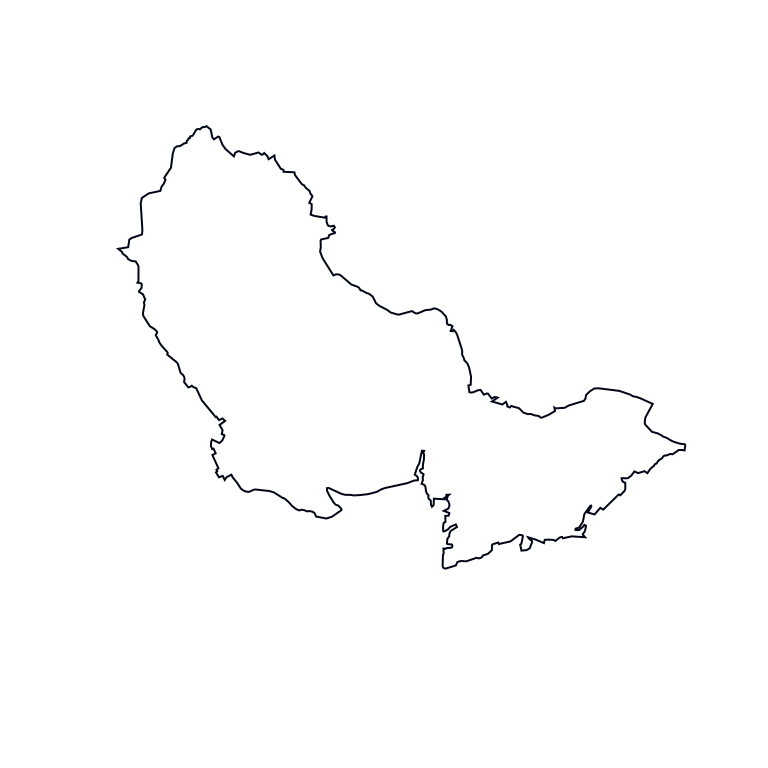 outline of Bereni, Mures, Romania, rotated 296°
{"feature_id": "2599482B23493570355811", "entity_name": "Bereni", "entity_type": "district", "adm_level": 2, "iso_a3": "ROU", "parent_name": "Romania", "parent_adm1": "Mures", "projection": "orthographic", "projection_center": [24.864, 46.565], "detail": "fine", "context": "isolated", "style": "outline", "palette": "ink", "viewbox_px": 768, "rotation_deg": 296, "n_neighbors": 0, "source": "geoboundaries", "source_scale": "gbopen_adm2", "svg_char_len": 6130}
<svg xmlns="http://www.w3.org/2000/svg" viewBox="0 0 768 768"><g transform="rotate(296 384 384)"><path d="M456.0,683.2L460.4,681.9L461.5,681.2L461.7,680.7L460.1,676.3L459.2,670.8L459.0,667.4L459.5,661.7L459.1,657.8L459.5,656.1L459.6,651.7L458.5,645.8L461.9,636.9L462.7,635.8L465.7,634.4L468.7,633.6L483.9,634.3L483.5,620.0L483.0,616.2L482.1,613.2L482.4,609.6L480.9,598.3L474.3,579.0L472.2,575.0L467.6,572.2L462.8,570.5L458.6,571.5L456.4,571.0L445.7,559.5L441.9,556.9L437.3,548.9L437.5,547.5L434.6,549.5L428.9,545.8L422.8,540.5L422.5,538.8L423.1,537.1L421.8,533.0L421.4,529.0L420.0,526.6L419.4,521.8L421.4,515.9L420.0,508.0L418.0,507.3L417.9,504.6L418.8,504.5L421.4,501.4L417.5,499.4L415.6,488.7L421.5,492.1L421.0,489.3L418.2,487.2L420.9,481.7L420.5,480.5L418.2,478.4L421.0,473.4L419.5,471.1L415.9,468.0L414.5,466.1L414.1,464.3L419.7,460.5L421.3,462.3L428.6,459.1L436.0,453.4L439.1,449.8L440.5,445.9L441.9,444.8L444.7,441.3L447.8,439.9L449.8,438.3L460.5,428.0L462.5,425.1L463.1,422.8L461.5,422.7L460.9,420.7L466.0,420.2L466.2,417.5L465.3,416.1L465.9,414.1L469.5,412.2L471.9,409.9L474.2,404.0L474.6,400.6L474.4,397.2L473.4,395.2L471.7,393.9L468.4,388.7L462.2,383.3L461.5,381.9L461.4,380.0L461.8,377.2L453.0,367.1L452.4,365.8L451.2,359.0L452.0,354.1L452.2,345.5L453.1,341.4L457.7,335.4L458.5,330.8L458.1,328.0L458.4,322.9L457.9,322.0L459.4,319.6L459.8,317.6L459.1,311.0L462.6,297.7L462.7,295.7L461.6,292.8L459.4,290.9L470.2,273.6L475.0,268.5L479.1,267.3L485.0,264.2L486.4,264.2L490.9,269.9L493.6,269.4L495.6,270.9L498.0,273.6L498.8,273.5L499.3,270.2L499.8,269.8L500.7,270.7L503.2,271.2L504.3,269.6L502.3,267.1L501.9,265.0L502.2,263.7L504.7,261.2L509.4,258.9L508.8,258.0L507.5,257.8L504.5,247.6L504.1,243.8L509.2,242.4L513.9,240.2L514.1,237.4L521.3,237.4L521.8,236.9L522.5,234.9L524.9,232.4L526.1,227.5L527.5,225.2L527.5,222.9L528.8,220.1L532.8,212.4L535.0,210.7L530.7,200.7L532.4,199.7L532.2,196.9L537.8,187.7L541.3,185.3L535.5,181.8L537.6,179.4L539.1,175.1L537.2,174.4L536.4,173.4L537.1,169.8L531.3,163.2L530.0,156.2L529.7,151.5L528.6,150.2L526.4,148.9L522.8,149.3L525.7,138.6L528.1,134.1L533.8,127.7L533.7,126.5L529.4,123.9L530.3,121.7L536.8,116.6L537.9,111.5L536.1,110.0L535.9,109.0L534.5,107.8L532.2,107.0L532.0,105.6L531.1,104.3L530.0,103.7L523.4,103.2L521.5,101.3L519.9,101.7L519.3,100.7L518.0,100.9L516.0,100.2L514.1,100.8L512.7,99.0L508.5,96.4L506.7,93.6L504.1,92.3L498.7,93.1L485.0,97.7L473.4,96.1L472.9,96.1L471.7,98.1L467.9,98.3L463.8,97.6L459.5,98.3L452.1,88.9L445.1,84.8L439.8,86.1L416.2,99.5L412.3,100.9L404.5,93.1L402.1,91.8L394.8,94.1L389.0,85.9L387.8,90.9L386.7,91.7L385.5,97.3L384.1,99.3L383.9,103.0L385.3,107.1L383.0,110.8L381.7,112.0L368.8,118.2L367.0,118.0L368.0,121.5L367.7,122.3L366.4,123.0L364.1,124.0L360.1,123.1L359.4,123.5L359.0,128.0L355.2,132.4L352.1,132.4L350.1,134.0L341.9,136.3L339.7,137.8L333.3,148.2L332.6,154.4L331.5,157.0L330.9,157.6L327.8,157.4L325.0,161.6L322.9,163.8L321.0,167.1L317.7,175.2L316.9,176.1L315.4,176.3L312.7,188.0L311.7,189.9L304.8,196.4L303.9,199.5L302.8,201.3L301.2,202.5L298.2,203.4L295.2,209.5L296.4,211.0L298.2,212.0L297.7,214.0L297.9,217.1L289.5,227.4L280.5,247.2L281.2,247.7L279.2,251.5L282.2,253.9L281.2,257.4L275.1,254.1L271.8,259.1L267.8,260.2L268.1,262.6L267.6,263.3L262.1,263.4L258.8,262.0L258.7,253.8L256.0,254.1L252.3,255.7L250.2,258.0L251.2,259.1L247.9,263.1L244.9,260.9L235.7,272.1L233.5,271.0L232.4,272.4L230.9,271.7L227.8,276.6L230.7,279.3L227.9,282.9L231.2,283.3L235.6,286.6L233.7,289.0L230.9,295.1L227.3,301.1L226.7,303.6L226.7,306.5L227.5,309.3L228.1,310.2L231.6,313.0L232.8,314.6L237.5,327.7L238.3,332.3L237.2,342.8L237.5,344.8L235.9,350.6L234.2,354.5L233.0,359.8L233.3,363.4L234.9,365.1L235.6,367.3L235.8,370.8L237.0,372.3L237.9,375.7L237.5,378.2L235.1,381.1L237.8,391.1L241.9,395.4L251.9,401.0L253.0,400.6L254.7,396.3L254.3,393.5L255.1,391.3L260.0,383.5L263.2,379.5L265.3,378.4L266.3,379.6L266.6,393.8L267.3,397.5L269.8,402.9L270.7,405.9L274.2,412.0L278.1,418.1L283.9,424.8L288.3,427.9L291.1,430.7L305.0,448.3L310.4,453.3L312.3,456.6L314.4,455.7L315.5,454.4L316.1,451.4L323.9,450.3L328.1,450.5L340.7,447.3L341.5,449.4L339.3,449.5L338.1,451.0L333.2,453.1L328.3,454.4L325.3,456.0L323.5,454.5L322.3,454.1L321.6,454.4L320.5,456.2L320.4,458.8L319.9,459.3L317.1,459.6L314.7,461.1L310.8,461.5L311.0,464.2L310.2,466.0L305.7,469.0L304.2,470.8L303.5,472.8L301.8,473.3L300.4,474.6L299.8,477.1L296.1,479.1L294.7,480.9L296.7,481.6L297.7,481.4L302.8,479.1L306.9,488.9L308.2,488.2L308.9,489.5L311.8,488.7L313.0,491.0L311.7,490.4L307.5,491.0L306.8,493.1L304.7,495.4L302.8,496.3L300.1,496.4L296.2,493.4L296.7,499.2L296.4,499.5L294.0,499.8L292.3,496.9L287.0,499.7L285.5,498.6L283.0,499.1L278.5,501.2L277.6,502.1L278.4,503.2L281.1,505.1L284.7,506.2L289.3,510.1L287.5,512.3L281.0,508.3L277.9,508.5L275.6,509.4L272.8,508.8L268.1,510.5L268.0,511.6L269.5,515.2L269.0,516.2L267.1,516.7L265.8,515.5L264.1,512.3L262.6,511.3L262.6,510.2L262.1,509.5L258.1,511.8L255.8,512.1L246.1,516.5L245.0,517.6L244.7,519.2L245.2,520.4L252.4,528.1L256.0,528.0L257.3,529.1L259.1,531.4L259.8,533.8L261.0,536.0L268.4,543.4L268.8,545.6L270.4,547.4L271.8,548.1L273.0,547.9L277.0,551.9L281.9,553.8L286.5,551.7L287.5,551.9L291.6,556.1L290.5,557.4L298.0,566.7L307.6,571.6L308.4,573.5L308.6,574.9L308.1,575.6L300.5,577.5L299.3,576.8L294.5,580.6L297.3,585.1L300.3,587.0L306.3,586.5L307.8,585.8L308.7,581.8L309.4,580.7L310.6,588.3L311.1,597.5L314.4,596.8L316.0,599.6L318.1,604.5L318.1,606.8L323.0,609.2L324.5,610.7L324.6,611.2L323.8,612.4L329.4,619.6L334.4,631.9L335.9,628.5L340.1,629.1L345.2,627.7L345.3,626.0L344.6,625.5L343.4,625.6L338.3,623.4L336.7,620.2L337.2,619.7L338.0,619.7L340.5,622.3L347.5,623.1L355.0,621.1L364.9,622.8L365.5,623.5L364.8,624.1L357.9,623.5L359.0,630.4L367.5,632.7L367.2,636.1L387.6,643.4L387.6,645.2L393.6,647.1L395.7,646.8L401.0,644.1L400.8,641.8L402.0,639.9L403.6,638.9L405.5,643.3L406.5,644.6L410.0,646.4L415.2,647.4L415.3,651.5L419.9,656.4L419.3,659.8L424.6,660.6L428.8,662.5L430.9,662.7L431.9,663.8L435.7,664.3L439.2,666.5L441.3,666.6L443.3,668.3L443.6,669.3L446.5,671.8L447.3,674.1L453.9,677.9L455.5,681.2L456.0,683.2Z" fill="none" stroke="#020617" stroke-width="2"/></g></svg>